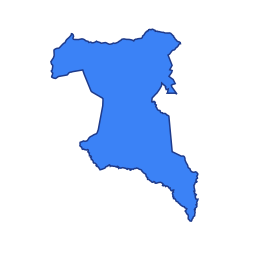 the district of Chapadão do Sul, Mato Grosso do Sul, Brazil, rotated 350°
{"feature_id": "56859067B12319003273376", "entity_name": "Chapadão do Sul", "entity_type": "district", "adm_level": 2, "iso_a3": "BRA", "parent_name": "Brazil", "parent_adm1": "Mato Grosso do Sul", "projection": "orthographic", "projection_center": [-52.689, -19.082], "detail": "fine", "context": "isolated", "style": "filled", "palette": "blue", "viewbox_px": 256, "rotation_deg": 350, "n_neighbors": 0, "source": "geoboundaries", "source_scale": "gbopen_adm2", "svg_char_len": 5849}
<svg xmlns="http://www.w3.org/2000/svg" viewBox="0 0 256 256"><g transform="rotate(350 128 128)"><path d="M173.1,230.4L174.2,230.7L174.7,230.2L174.9,229.6L175.5,228.7L176.3,228.1L176.6,227.2L177.4,226.5L178.4,226.0L178.8,224.1L179.3,223.2L179.5,222.4L179.2,221.4L179.5,220.6L179.2,219.9L179.7,219.3L180.1,219.7L180.3,218.6L181.4,218.0L182.0,217.5L182.4,216.7L181.9,216.1L181.7,215.4L182.8,214.9L182.7,213.7L182.8,212.9L183.4,212.2L183.7,211.4L184.4,210.9L184.5,210.2L183.6,210.4L182.9,209.8L182.4,209.5L182.5,208.9L182.2,208.3L182.5,207.5L182.3,206.5L183.1,206.1L183.7,205.5L183.1,204.7L182.1,204.4L182.4,203.5L181.9,201.7L182.9,201.7L182.9,199.2L182.7,198.5L182.9,197.4L182.9,195.8L183.5,195.5L184.7,193.5L185.2,193.3L186.1,193.3L186.6,192.6L185.7,192.0L186.0,191.3L186.2,190.5L186.7,189.9L187.6,189.7L187.7,188.8L187.3,187.4L188.5,186.3L188.8,185.3L188.3,184.8L188.1,183.8L187.5,183.3L186.9,182.9L185.2,183.1L183.9,182.6L182.9,181.9L182.2,180.7L181.9,178.8L180.6,177.7L180.3,177.0L180.3,176.3L180.3,175.4L180.1,174.5L179.2,172.2L178.6,169.5L178.8,167.7L178.7,167.0L178.5,166.2L178.1,165.6L177.5,165.2L175.5,164.9L167.4,159.0L170.3,123.5L169.9,122.9L169.2,122.3L168.7,122.2L168.4,121.5L167.2,120.2L164.6,119.6L164.4,118.9L162.9,118.4L162.6,117.6L162.7,116.8L162.3,116.2L161.4,116.1L160.2,115.0L159.7,112.7L159.2,112.1L159.1,111.4L159.6,110.9L159.9,110.3L158.7,109.0L159.3,107.8L158.9,106.9L158.3,107.0L158.2,106.3L157.4,106.3L156.6,106.7L155.9,106.3L157.0,102.6L161.4,99.3L162.3,98.8L165.9,95.2L168.2,92.4L168.5,91.7L169.0,89.6L172.3,93.7L171.9,94.4L172.3,96.8L173.8,96.8L174.4,96.6L173.1,99.9L172.6,100.5L174.0,100.8L180.0,101.8L180.8,102.1L182.1,103.1L178.2,95.0L178.1,93.4L179.9,92.7L181.3,92.7L182.2,92.5L180.9,88.1L178.5,85.6L177.3,84.2L180.6,80.9L181.5,79.1L179.2,77.9L182.3,74.0L180.1,63.1L181.7,62.5L184.9,59.5L185.7,59.2L187.2,59.1L188.0,58.6L188.7,57.8L189.5,57.2L190.5,56.8L192.0,55.5L192.4,54.7L193.5,54.0L194.3,54.1L194.3,53.0L193.5,52.2L191.9,51.4L191.5,51.0L190.5,49.3L189.9,48.6L189.5,47.3L188.8,46.3L188.9,45.5L188.4,44.9L186.6,42.3L185.5,41.6L184.9,41.6L181.1,40.9L179.4,39.9L178.6,39.8L176.9,39.2L175.1,38.3L174.3,38.4L173.6,37.7L171.7,37.5L171.7,36.6L170.1,35.6L169.5,35.0L168.4,35.0L167.7,35.3L166.7,34.7L165.4,34.8L164.7,35.8L163.8,35.7L163.4,36.3L162.6,36.5L161.9,36.9L159.8,39.2L158.3,40.0L158.0,41.0L157.5,41.6L156.9,42.0L153.2,41.8L152.3,42.0L150.9,41.9L149.6,42.3L149.1,43.1L148.5,43.2L148.1,42.6L146.5,41.7L144.6,41.0L141.7,40.4L139.6,39.6L138.6,39.5L137.2,39.6L136.6,40.2L135.5,40.5L134.8,41.1L133.9,41.2L133.3,41.7L131.7,42.1L129.9,42.4L128.2,41.8L126.9,42.3L124.8,42.4L123.9,42.2L121.0,40.1L120.3,39.9L116.5,39.9L115.9,39.6L115.4,39.0L112.8,37.7L112.0,37.0L111.4,37.4L109.8,37.9L108.2,38.0L107.2,37.8L106.3,36.9L105.0,36.9L104.3,37.0L103.7,35.7L102.4,35.2L101.2,34.5L100.7,33.6L99.0,32.5L97.9,32.2L94.6,32.3L90.5,31.5L89.7,31.1L89.4,30.6L89.4,29.9L90.3,28.4L90.2,26.7L89.5,25.6L88.7,25.3L88.2,26.4L87.9,26.9L86.0,28.4L83.1,30.2L82.3,30.9L80.7,33.1L79.9,33.2L78.3,34.1L74.6,36.9L73.9,37.3L73.1,37.4L72.1,37.2L71.1,37.3L69.0,38.0L68.5,38.9L68.0,43.2L67.7,44.2L66.6,46.1L65.0,47.7L64.6,48.3L63.6,49.2L63.7,51.0L64.0,52.2L64.6,52.9L64.7,53.7L64.0,56.1L63.6,56.8L63.5,57.5L63.1,58.1L62.4,58.4L62.4,59.0L63.4,60.8L63.2,61.5L62.9,62.1L62.7,62.8L62.2,63.3L61.8,63.9L61.7,64.6L62.5,65.0L62.9,65.7L63.7,66.0L65.1,66.6L65.7,66.5L68.4,65.2L77.2,65.2L78.0,64.8L78.5,64.1L79.3,63.5L80.4,63.1L81.0,63.0L81.8,63.1L83.3,62.9L93.5,63.0L94.2,67.6L98.0,85.1L98.4,85.8L98.9,86.4L108.0,94.1L108.4,94.8L108.2,96.3L107.0,101.7L98.4,124.6L98.0,125.2L97.6,126.0L96.8,127.3L96.2,127.9L95.7,128.2L93.5,128.6L92.4,129.0L91.5,129.4L89.6,130.0L88.9,130.3L87.8,131.1L86.6,132.5L85.4,133.5L84.4,133.6L83.3,133.7L82.0,133.0L79.8,133.6L78.5,133.7L78.1,134.4L78.0,136.1L77.6,136.7L77.7,137.5L78.2,138.2L78.9,138.6L79.3,140.9L79.9,141.2L80.7,141.0L81.5,141.8L82.1,141.9L82.8,142.3L83.6,142.5L84.4,142.2L85.0,142.7L84.9,143.7L84.3,144.5L85.0,145.1L85.1,145.8L85.6,146.0L85.4,146.6L85.2,148.7L86.1,148.8L86.7,149.3L86.9,150.1L86.0,150.4L86.4,151.3L86.5,152.0L86.4,152.7L87.2,152.9L87.5,153.8L88.0,154.6L87.8,155.6L88.1,156.5L88.9,156.6L89.4,156.9L90.5,158.3L90.9,159.2L90.1,159.6L90.8,160.5L91.6,160.9L92.1,161.5L93.2,164.3L95.3,164.1L98.2,163.5L98.9,163.0L99.3,162.4L100.0,162.2L100.6,162.3L101.3,161.7L102.0,161.8L102.5,161.3L103.5,161.1L103.8,162.6L104.3,162.2L105.0,162.6L106.0,162.7L106.7,163.1L108.5,163.5L109.4,164.2L110.3,164.6L110.2,164.0L111.1,163.9L111.9,164.7L111.6,165.3L111.8,166.2L112.4,165.9L113.0,165.8L113.6,166.2L114.3,166.3L115.0,166.1L115.9,166.1L119.1,167.5L119.5,168.2L120.4,168.6L120.8,167.9L123.0,168.8L122.7,169.7L123.2,170.0L123.9,169.7L124.4,169.1L125.2,169.2L126.0,169.6L127.1,169.0L128.7,169.2L129.5,168.9L130.2,169.3L130.9,169.5L131.9,170.6L132.7,170.9L133.8,171.6L134.2,172.2L134.3,173.1L135.0,173.9L135.4,174.7L137.5,176.6L137.5,178.7L138.0,179.7L138.7,180.2L138.4,180.9L138.4,182.0L139.7,182.4L140.2,183.2L140.6,183.7L141.2,184.1L142.0,185.3L142.6,185.7L143.5,185.7L144.2,185.2L145.2,186.2L145.1,186.9L145.9,187.3L147.3,187.2L148.5,187.0L150.5,187.1L151.1,187.4L152.7,188.9L152.6,189.6L152.0,190.6L152.7,191.1L153.7,190.7L154.5,191.4L154.9,192.2L155.7,191.8L156.7,192.2L157.6,193.0L157.7,193.9L158.3,194.4L159.0,194.4L158.8,195.1L159.1,195.8L159.4,196.8L159.7,197.3L160.5,197.4L161.3,197.0L162.2,197.0L162.0,197.6L161.3,198.0L161.6,199.0L160.9,199.2L160.3,200.4L160.7,201.9L160.3,202.7L160.3,203.7L161.1,204.1L160.6,205.4L162.2,206.2L162.5,207.2L162.6,208.0L162.9,208.7L163.6,208.9L164.4,209.6L164.5,210.3L165.1,211.0L165.9,211.6L165.9,212.3L167.5,214.0L168.9,215.1L169.8,215.3L170.1,216.4L171.9,217.7L171.5,218.4L169.9,219.7L170.4,220.2L170.5,221.3L171.3,223.2L171.8,223.5L172.1,224.4L172.1,225.6L171.6,227.1L171.6,228.2L172.4,229.1L172.6,229.9L173.1,230.4Z" fill="#3b82f6" stroke="#1e3a8a" stroke-width="1.5"/></g></svg>